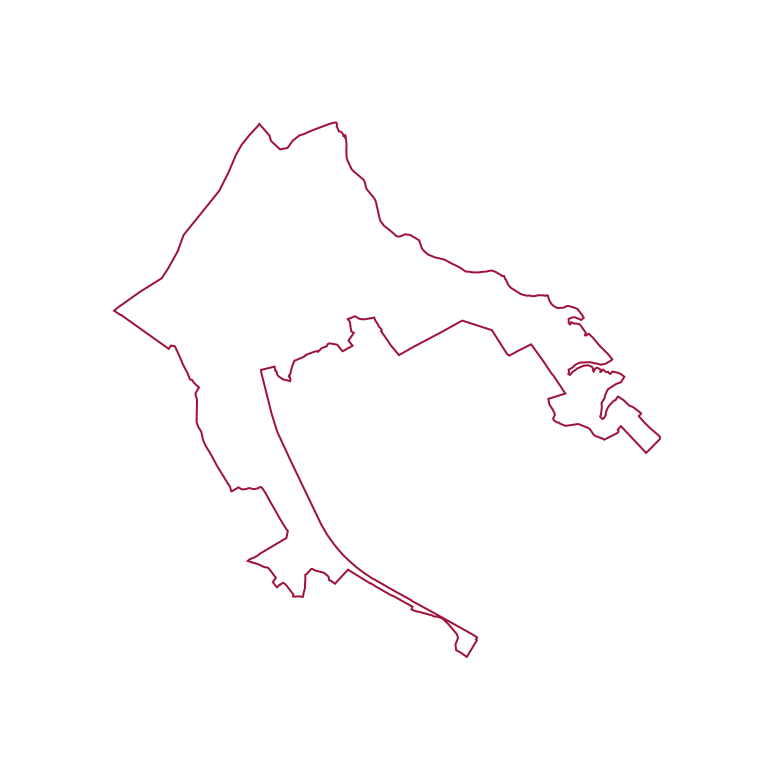 Cernavoda, Constanta, Romania, rotated 18°
{"feature_id": "2599482B32404237581022", "entity_name": "Cernavoda", "entity_type": "district", "adm_level": 2, "iso_a3": "ROU", "parent_name": "Romania", "parent_adm1": "Constanta", "projection": "robinson", "projection_center": [28.079, 44.315], "detail": "fine", "context": "isolated", "style": "outline", "palette": "rose", "viewbox_px": 768, "rotation_deg": 18, "n_neighbors": 0, "source": "geoboundaries", "source_scale": "gbopen_adm2", "svg_char_len": 6165}
<svg xmlns="http://www.w3.org/2000/svg" viewBox="0 0 768 768"><g transform="rotate(18 384 384)"><path d="M167.6,251.2L147.4,304.2L146.8,321.3L143.1,340.3L140.0,352.0L123.6,371.6L107.2,393.6L104.7,397.7L112.2,399.8L112.7,399.6L168.4,417.1L169.5,413.3L173.2,412.7L174.1,413.4L181.0,420.9L187.0,427.8L194.1,434.7L197.7,439.2L198.2,439.6L198.8,439.7L199.5,439.6L200.0,439.3L202.6,441.3L205.3,442.8L209.1,444.5L207.6,451.0L208.3,452.9L209.6,454.6L210.7,456.4L211.6,458.5L217.3,477.5L217.6,478.3L219.0,480.2L221.0,482.5L224.9,485.8L225.9,487.4L229.1,493.0L234.1,498.5L239.8,503.2L250.8,513.7L267.1,527.6L269.4,529.4L271.8,533.1L272.1,533.3L272.7,532.8L277.4,527.4L278.4,527.4L280.9,528.1L282.5,527.8L285.1,526.6L287.8,524.7L288.7,524.5L291.5,524.5L292.8,524.2L295.7,522.6L298.3,520.2L299.2,520.1L300.8,521.0L304.3,523.7L309.9,528.9L309.8,529.0L319.6,537.8L325.1,542.9L331.0,548.1L336.7,552.8L337.9,553.4L338.8,560.9L337.8,561.7L318.2,584.0L317.1,585.9L314.6,588.7L310.3,592.4L309.2,594.4L312.0,594.5L311.9,594.4L313.3,594.3L316.0,594.4L319.4,594.2L326.7,595.1L328.1,595.0L329.5,594.6L330.6,594.7L333.5,596.4L341.1,601.8L339.4,606.6L343.3,609.5L345.2,610.4L346.8,607.1L347.3,607.2L348.2,605.5L348.7,605.3L349.4,604.3L350.9,604.5L353.7,605.9L362.7,612.1L363.1,614.1L364.0,614.1L369.1,612.1L372.5,611.6L372.7,610.9L372.2,608.7L371.9,602.4L370.9,599.3L369.8,594.9L368.1,589.7L369.3,588.5L370.1,586.4L370.8,585.2L371.7,582.8L372.2,582.3L373.0,582.1L374.5,582.4L376.4,582.6L385.1,582.1L389.3,583.6L390.5,584.3L391.3,585.2L392.3,587.3L393.2,587.8L394.0,587.5L399.1,589.1L407.1,571.7L432.5,577.9L433.2,577.7L440.0,579.4L457.0,582.9L457.5,582.6L479.9,587.0L479.8,589.9L483.6,590.3L488.8,589.8L501.4,589.2L503.7,589.7L506.4,588.8L512.0,588.9L519.4,592.5L530.7,599.5L532.9,602.7L532.4,609.4L534.8,614.8L540.2,615.8L547.1,618.0L551.5,599.1L550.4,598.5L550.9,596.2L547.2,595.2L500.8,586.0L477.4,581.7L477.1,581.3L458.3,577.7L434.9,572.8L433.0,572.6L423.2,569.8L414.2,566.7L406.1,563.2L398.2,559.4L391.1,555.2L385.7,551.7L376.5,544.9L367.5,536.8L319.4,486.3L298.1,463.4L295.8,460.4L286.3,447.0L263.9,411.3L262.7,408.6L274.5,401.3L276.6,405.0L277.4,404.8L279.5,407.8L280.4,408.7L281.8,409.4L283.5,410.0L285.7,410.4L285.9,410.8L293.7,410.3L293.7,409.8L293.8,409.7L293.6,408.4L292.4,406.7L292.2,407.0L291.0,405.9L291.2,405.6L291.1,405.1L291.7,403.9L291.3,396.9L291.3,394.3L291.6,389.6L298.5,383.7L300.6,381.3L300.4,381.1L301.6,379.7L308.6,374.2L309.9,373.8L310.4,373.3L311.3,373.7L313.8,369.0L317.8,365.9L318.2,363.4L319.8,362.1L327.4,361.1L334.4,365.7L342.3,357.4L336.8,353.6L339.5,344.8L336.6,344.0L334.3,339.6L332.4,335.5L329.5,333.5L335.5,328.5L339.9,329.5L342.0,329.5L345.5,328.5L354.2,323.9L356.0,326.1L360.2,329.6L360.9,330.7L364.0,332.3L364.9,333.0L365.2,333.6L364.9,334.7L373.3,340.9L377.9,344.7L389.3,351.9L399.8,340.4L422.1,317.4L438.8,299.5L470.0,299.5L492.0,317.6L494.4,318.3L501.9,310.4L511.7,300.8L528.9,313.4L539.2,321.6L543.0,324.0L559.4,337.0L544.9,347.4L547.5,352.3L551.1,355.1L555.1,358.9L556.1,360.7L555.5,364.4L556.2,365.6L557.5,366.3L560.7,367.1L562.2,366.7L563.4,367.3L569.7,367.7L580.3,362.4L581.7,362.0L592.1,362.7L593.7,363.3L598.5,367.0L599.9,367.8L601.8,368.2L607.2,368.3L609.7,368.5L610.7,368.9L621.1,358.5L621.5,357.7L621.6,356.2L620.4,355.4L622.3,350.9L654.6,368.5L657.6,362.8L663.3,351.2L662.9,349.1L660.8,347.9L651.3,344.0L643.8,340.3L636.2,335.8L637.4,333.4L637.6,332.4L628.3,329.1L623.4,328.6L617.3,325.5L611.2,323.7L610.2,323.8L609.7,325.5L609.2,327.9L607.9,328.5L604.8,335.1L604.1,337.7L603.8,342.9L604.5,344.9L603.7,348.5L602.4,349.8L599.6,348.2L599.8,345.9L598.3,338.6L596.8,335.0L598.2,328.8L597.7,327.2L598.2,322.1L598.7,319.7L604.7,312.3L608.8,309.1L610.4,302.8L605.6,301.2L602.8,301.1L597.3,301.6L597.3,302.2L596.2,304.4L595.4,304.5L593.4,303.2L591.6,304.0L590.1,303.6L588.0,302.6L587.3,303.6L586.4,305.6L585.9,305.5L586.0,304.0L585.5,303.4L584.1,303.0L581.7,302.6L580.7,303.4L579.9,304.8L580.0,305.9L579.5,307.4L578.5,306.2L577.7,304.5L576.6,303.5L572.9,303.1L571.8,303.3L568.1,305.0L563.1,309.4L562.0,311.2L560.0,313.6L557.9,318.0L557.3,317.7L556.3,317.6L556.2,317.3L556.4,315.7L555.2,313.3L558.1,310.2L558.7,309.2L559.6,307.1L561.8,304.8L564.1,302.8L566.2,302.3L569.5,300.9L573.5,299.6L575.2,299.3L577.0,299.3L579.7,298.8L584.3,298.7L585.4,297.8L586.5,297.5L588.1,296.5L592.3,292.0L593.3,290.5L593.5,290.0L587.3,286.0L577.2,281.0L568.7,275.6L563.3,272.9L561.0,275.5L560.3,275.7L559.9,275.1L560.3,273.6L560.0,272.8L552.4,267.2L551.2,266.8L548.7,267.0L545.9,267.8L544.3,267.5L543.0,267.5L542.8,268.7L543.0,268.9L542.5,269.9L540.8,269.1L540.3,267.1L539.5,265.3L539.7,264.8L542.1,262.8L544.7,261.5L551.8,262.1L553.5,259.3L550.3,256.5L549.2,255.9L545.1,253.0L541.9,252.6L536.1,252.7L534.7,253.0L533.2,253.9L532.2,255.0L530.7,256.2L525.6,258.1L523.2,257.9L521.1,257.3L518.6,256.2L515.8,253.8L513.6,251.0L512.8,249.4L511.9,249.3L511.0,249.5L510.5,250.3L508.8,250.3L503.6,251.8L500.2,253.8L497.3,254.8L495.6,254.7L492.5,255.9L488.6,256.2L486.0,256.1L476.4,253.7L475.0,253.3L473.9,252.8L472.0,251.6L471.0,250.7L467.6,247.0L466.6,246.5L464.8,244.2L462.7,244.8L461.9,244.2L459.2,243.8L456.1,243.0L454.1,242.8L452.3,242.9L451.4,242.8L450.7,243.0L447.1,245.1L444.9,246.2L442.7,247.0L440.3,248.3L438.7,248.9L434.4,250.3L429.9,251.0L427.0,251.8L418.8,249.5L411.2,248.5L402.9,247.0L393.7,247.8L386.2,247.3L382.0,245.7L378.2,243.4L373.0,236.5L363.6,234.3L362.1,234.3L357.8,235.1L353.6,238.8L352.6,239.2L350.4,239.6L342.8,236.3L335.1,233.5L330.0,229.9L328.5,227.6L320.2,213.6L319.2,212.2L317.8,210.8L316.0,209.5L308.0,204.5L307.2,203.8L305.8,202.3L303.9,198.7L302.5,196.9L300.8,195.8L291.1,191.8L287.4,190.1L286.3,189.2L280.3,182.8L278.7,180.5L277.6,177.9L276.0,173.5L274.2,167.4L272.2,162.9L271.0,162.1L270.8,161.4L271.1,161.1L270.5,160.7L270.1,160.7L270.8,160.0L270.0,159.3L268.8,160.5L266.9,158.3L266.3,157.9L264.7,157.5L263.5,157.4L263.1,157.6L259.3,153.4L259.0,151.2L257.5,150.0L252.2,153.1L237.9,164.5L230.2,171.4L226.8,173.6L222.3,180.4L221.5,182.3L219.7,188.2L219.2,189.4L212.6,193.0L201.4,187.7L198.3,183.1L185.0,175.2L184.3,177.6L178.9,189.3L174.7,200.4L172.4,211.7L170.8,230.5L167.6,251.2Z" fill="none" stroke="#9f1239" stroke-width="2"/></g></svg>